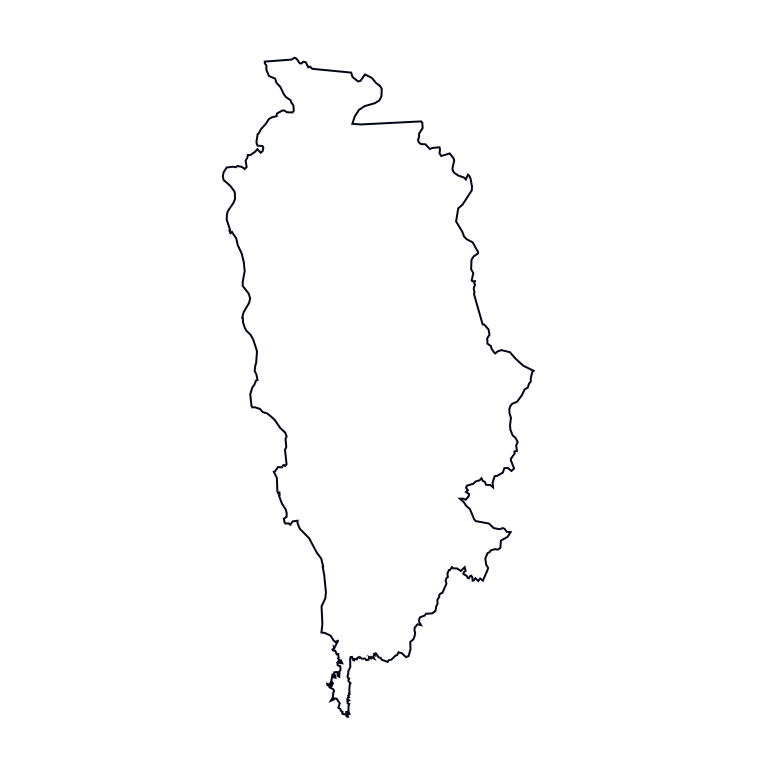 the district of Achí, Bolívar, Colombia, rotated 357°
{"feature_id": "7082276B83217917956191", "entity_name": "Achí", "entity_type": "district", "adm_level": 2, "iso_a3": "COL", "parent_name": "Colombia", "parent_adm1": "Bolívar", "projection": "equal_earth", "projection_center": [-74.478, 8.603], "detail": "fine", "context": "isolated", "style": "outline", "palette": "ink", "viewbox_px": 768, "rotation_deg": 357, "n_neighbors": 0, "source": "geoboundaries", "source_scale": "gbopen_adm2", "svg_char_len": 6131}
<svg xmlns="http://www.w3.org/2000/svg" viewBox="0 0 768 768"><g transform="rotate(357 384 384)"><path d="M381.2,73.9L376.3,80.1L373.9,80.5L368.6,75.7L367.5,71.3L328.9,65.5L326.9,63.4L325.2,63.4L325.3,62.1L324.7,63.2L322.7,58.6L320.4,58.0L318.2,59.6L316.6,59.3L313.7,54.6L311.7,53.5L308.7,55.2L281.8,55.8L281.8,57.7L283.2,59.7L283.0,64.3L285.3,70.4L291.3,73.4L292.3,77.5L296.0,81.9L299.1,89.3L301.1,92.3L305.6,95.8L306.1,98.0L308.1,101.0L308.2,106.5L306.8,108.0L301.5,107.6L298.7,105.7L296.8,105.6L291.2,108.3L290.8,110.9L286.0,111.8L282.9,113.4L279.3,118.4L274.8,122.7L271.8,127.4L270.9,127.8L269.3,135.5L269.6,138.2L270.5,139.4L275.1,140.0L275.9,141.7L274.9,145.2L273.0,146.6L269.8,142.9L267.5,145.3L262.7,148.3L260.0,148.2L259.5,150.6L257.5,153.8L258.2,160.1L256.1,162.0L253.3,159.7L248.9,158.6L247.4,159.8L244.4,159.1L238.2,159.6L234.9,164.2L233.9,168.3L234.5,171.9L240.8,178.0L244.6,183.7L245.1,185.7L244.8,191.8L243.2,195.1L237.2,203.1L236.1,206.1L235.5,211.6L238.4,222.3L237.7,222.7L238.6,225.4L240.1,224.2L244.1,231.0L245.2,237.6L248.7,246.3L250.4,255.2L250.8,263.9L248.4,273.9L248.0,278.6L253.7,286.8L254.8,291.5L253.5,296.0L247.6,304.9L245.9,310.3L246.4,310.4L246.5,315.3L248.0,320.8L249.5,323.7L253.4,328.0L255.8,333.0L258.9,344.7L257.4,356.5L256.5,358.5L255.5,364.3L257.1,367.8L257.9,373.4L256.4,373.8L254.4,378.1L252.4,380.4L249.9,387.2L250.5,398.6L251.2,400.4L254.0,400.5L258.8,402.4L261.3,405.6L265.8,407.3L269.3,410.4L272.9,414.0L278.2,422.7L282.8,427.4L284.0,431.2L282.8,433.5L283.1,441.7L281.7,444.6L282.5,459.1L281.0,460.7L280.0,459.6L279.0,459.9L277.6,461.9L273.8,461.4L270.6,465.5L269.4,465.9L272.1,472.2L271.9,485.8L272.5,487.5L273.8,486.9L274.0,489.4L273.3,489.7L274.0,492.4L275.8,498.0L279.2,504.0L280.0,507.3L279.8,511.5L276.9,513.4L277.6,517.4L278.4,518.2L281.5,518.2L283.0,519.7L285.7,516.4L290.5,516.0L290.4,518.6L292.3,524.1L301.2,534.2L308.0,548.8L312.2,555.1L313.7,563.0L313.2,563.1L314.3,571.7L315.1,588.9L314.2,594.9L310.0,602.8L309.9,620.6L308.5,628.9L311.8,629.5L317.4,632.4L320.3,637.5L322.2,639.3L325.0,637.5L320.8,644.6L320.3,644.1L320.5,645.4L318.7,646.4L319.2,647.4L321.4,647.9L322.6,651.5L324.2,651.3L324.3,655.2L323.7,655.6L325.3,657.7L326.5,657.7L327.7,660.7L325.4,660.3L325.6,659.3L323.9,659.7L323.6,658.9L322.8,659.7L323.1,662.5L325.5,663.5L325.6,664.8L325.6,667.5L324.5,668.7L324.0,674.0L322.5,673.0L322.4,669.2L319.3,669.3L318.9,671.0L319.9,672.6L320.2,674.8L318.6,674.4L318.2,672.4L317.3,671.7L315.9,677.6L313.9,681.6L311.7,680.4L311.7,681.7L313.4,682.8L314.9,682.4L316.7,679.1L317.3,680.1L315.9,683.0L315.2,683.7L314.6,683.1L313.9,684.1L317.6,686.4L318.1,688.2L317.2,689.6L316.5,694.2L314.3,697.6L317.5,696.4L317.7,695.4L320.2,695.8L323.1,700.7L321.5,704.9L323.3,706.1L323.9,708.1L325.5,709.4L325.0,710.3L325.6,711.4L328.8,712.0L329.0,713.4L330.0,714.5L330.7,714.4L329.1,710.7L329.2,709.5L330.1,709.4L331.8,711.9L332.3,711.7L331.4,709.9L331.7,703.8L332.6,701.7L331.0,701.0L330.9,699.1L332.6,698.1L331.6,697.5L331.0,698.1L330.8,697.3L331.9,694.7L332.6,694.8L331.9,693.4L333.0,692.6L332.8,691.4L333.4,691.4L333.4,686.7L334.2,682.0L334.9,681.1L333.1,679.0L332.9,677.8L333.8,676.4L332.7,675.5L332.2,673.5L333.1,672.0L333.3,669.0L335.5,664.9L335.8,656.9L336.4,654.9L337.8,654.9L338.6,657.7L339.6,658.4L340.0,657.0L342.5,657.6L343.0,656.2L344.0,655.6L345.1,656.2L345.6,655.5L347.5,657.2L350.7,657.2L352.0,658.9L354.2,658.4L354.8,656.6L355.5,656.9L355.1,656.1L356.5,656.9L356.8,656.0L359.8,657.7L359.0,656.0L359.9,654.0L360.5,654.3L360.0,653.0L361.7,652.5L364.6,656.8L366.7,657.7L367.2,659.2L373.0,661.7L374.0,660.3L377.1,659.5L381.3,655.8L382.9,655.4L384.5,652.7L387.8,653.8L391.6,657.9L394.3,657.0L396.6,650.2L396.7,642.9L399.9,640.6L401.4,637.3L402.1,634.0L401.5,631.7L401.9,629.0L404.9,625.7L408.3,626.7L406.6,623.3L406.8,620.7L407.8,618.9L412.4,617.4L414.0,615.6L420.0,615.6L423.5,613.4L424.5,608.9L426.0,606.2L426.0,602.4L428.0,599.5L428.1,597.7L429.5,596.2L431.4,595.6L435.9,586.7L435.3,583.3L436.4,580.9L437.7,580.1L437.4,576.8L439.0,573.3L440.3,573.1L442.2,570.4L443.5,571.7L447.3,572.0L451.0,574.7L455.0,571.2L455.7,574.9L453.7,576.3L453.4,577.9L456.5,579.9L457.6,582.1L458.6,582.4L460.1,580.2L461.1,580.0L462.1,581.6L462.2,585.0L463.3,584.9L465.2,582.7L467.8,585.7L469.9,583.3L472.5,585.5L478.1,574.2L478.2,572.7L476.7,570.1L476.0,563.6L478.5,558.4L480.5,557.5L482.2,555.6L486.4,554.7L488.9,555.4L491.6,553.8L492.6,546.5L499.3,543.2L502.7,538.6L498.9,538.0L496.8,534.9L495.0,534.1L491.9,535.1L486.0,533.6L481.4,528.8L468.4,525.7L466.9,523.7L463.2,513.3L459.8,510.1L457.6,506.3L453.7,502.5L456.9,502.6L459.5,503.8L462.8,500.5L463.1,498.4L460.2,496.1L462.2,494.5L460.5,491.9L461.5,489.9L468.1,488.2L470.5,486.1L474.4,485.2L476.4,483.2L477.7,486.1L479.6,487.0L480.6,490.0L484.9,490.5L487.5,492.9L487.3,488.1L489.7,481.9L492.2,481.6L497.9,478.8L499.8,474.3L503.4,474.4L506.7,477.5L509.5,475.1L506.7,466.9L506.8,465.3L510.7,460.4L510.8,458.2L513.2,457.9L512.8,452.0L514.5,449.0L512.4,444.5L509.8,442.1L507.8,436.2L507.7,431.8L509.0,424.5L507.8,419.6L507.8,415.9L508.9,412.9L510.7,410.6L516.1,408.6L521.2,402.2L524.2,396.7L527.4,395.1L528.8,391.3L530.7,389.3L530.8,386.5L532.5,380.1L534.1,378.7L523.9,372.9L516.6,365.5L511.4,358.8L502.9,356.3L499.1,357.4L496.7,359.3L496.0,358.9L493.3,354.5L492.7,351.7L489.4,349.1L489.5,343.7L491.9,340.4L491.3,335.1L487.1,329.8L485.6,329.6L478.6,299.0L479.1,297.2L478.6,293.0L480.1,289.7L479.4,288.0L480.1,286.1L477.6,286.0L477.0,285.0L479.0,278.0L477.0,273.9L477.9,264.5L480.3,261.2L484.6,258.6L484.9,257.2L480.0,247.2L474.2,243.8L471.7,241.0L470.1,235.9L464.5,225.5L467.3,212.5L471.9,208.9L481.8,195.2L482.2,191.5L481.2,183.5L480.2,180.8L478.8,179.4L476.5,184.0L474.7,182.0L469.2,179.8L465.0,176.6L463.7,174.0L463.7,172.1L465.8,164.4L465.2,162.2L461.7,157.2L453.1,159.3L451.5,156.5L452.2,152.9L451.8,150.5L444.8,150.8L442.1,151.7L437.9,146.8L433.3,146.3L431.4,144.4L430.7,142.3L432.0,138.9L432.0,136.1L436.0,130.4L435.9,125.1L434.8,123.7L374.5,123.6L366.0,122.5L368.8,115.3L373.4,108.9L379.2,105.5L389.5,103.1L394.3,100.5L396.5,96.5L397.2,89.1L395.5,86.1L391.8,83.0L387.9,77.7L381.2,73.9Z" fill="none" stroke="#020617" stroke-width="2"/></g></svg>